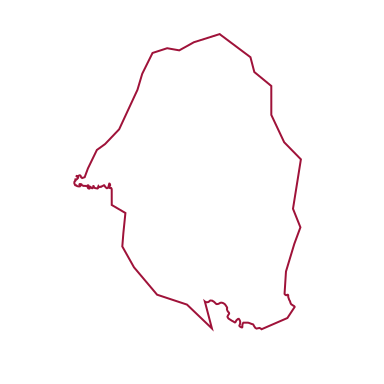 Orxontuul, Selenge, Mongolia (Robinson projection), rotated 258°
{"feature_id": "93677404B15519148095195", "entity_name": "Orxontuul", "entity_type": "district", "adm_level": 2, "iso_a3": "MNG", "parent_name": "Mongolia", "parent_adm1": "Selenge", "projection": "robinson", "projection_center": [104.906, 48.824], "detail": "fine", "context": "isolated", "style": "outline", "palette": "rose", "viewbox_px": 384, "rotation_deg": 258, "n_neighbors": 0, "source": "geoboundaries", "source_scale": "gbopen_adm2", "svg_char_len": 4156}
<svg xmlns="http://www.w3.org/2000/svg" viewBox="0 0 384 384"><g transform="rotate(258 192 192)"><path d="M54.4,183.1L82.2,181.8L81.7,182.2L81.3,182.9L81.1,183.6L81.0,184.1L81.0,184.6L81.0,185.2L81.4,186.1L81.9,186.8L82.0,187.4L82.0,187.8L81.7,188.5L81.5,189.2L80.9,189.7L80.6,190.2L79.6,191.0L77.8,192.2L77.3,192.6L77.1,193.4L77.1,194.7L77.7,196.6L77.7,197.4L77.5,198.2L76.9,199.3L75.7,200.6L74.4,201.3L71.8,202.3L71.2,202.3L70.6,201.9L70.2,201.8L69.7,201.8L69.0,201.9L68.1,202.1L67.5,202.3L66.4,203.0L65.8,203.1L65.2,203.0L64.4,202.1L62.8,200.8L62.2,200.8L61.0,201.2L60.6,201.4L60.0,202.0L59.1,202.9L57.8,204.2L56.8,205.4L55.5,206.8L55.5,207.1L55.9,207.7L57.1,208.6L57.7,209.5L58.3,210.7L58.2,211.4L57.0,211.9L55.6,212.2L54.6,212.1L53.0,211.6L51.7,210.7L51.3,210.5L50.9,210.7L50.6,210.8L49.6,211.8L49.1,212.7L49.2,213.0L49.6,213.2L50.5,213.4L51.8,213.7L52.6,214.3L53.3,214.8L53.5,215.1L53.3,216.0L52.6,219.5L52.1,220.5L50.4,223.1L50.0,224.0L49.5,224.4L47.8,224.9L45.9,225.7L45.0,226.7L45.0,229.7L44.2,230.8L43.3,231.5L48.9,259.1L58.2,268.5L58.6,268.5L58.8,268.4L59.1,268.2L59.6,267.7L60.1,267.1L60.5,266.8L60.9,266.4L61.1,266.1L61.4,265.8L61.9,265.6L62.4,265.4L63.1,265.3L63.7,265.2L64.3,265.2L64.7,265.2L65.2,265.0L65.5,264.9L66.6,264.6L67.6,264.5L68.4,264.4L69.0,264.3L69.8,264.4L70.3,264.5L70.7,264.6L70.9,264.6L71.2,264.6L71.4,264.5L71.6,264.3L71.6,264.1L71.6,263.8L71.6,263.5L71.4,263.2L71.4,262.9L71.5,262.7L71.6,262.4L71.9,262.1L72.2,261.8L72.7,261.5L72.9,261.4L73.3,261.4L94.7,267.4L120.0,281.3L134.9,290.7L154.6,287.3L181.3,297.6L201.3,305.3L221.5,292.5L250.9,285.6L279.2,291.6L296.4,277.9L311.7,277.2L340.5,252.0L340.7,251.9L338.1,225.0L333.2,209.0L337.8,197.6L336.2,182.3L318.0,167.9L303.3,159.9L268.5,133.8L257.0,117.0L252.9,107.7L236.7,95.1L228.8,90.1L228.5,87.6L228.8,87.5L228.9,87.1L229.2,86.8L229.6,86.6L230.0,86.5L230.6,86.5L230.9,86.4L231.4,86.1L231.6,85.9L231.7,85.4L231.6,84.9L231.4,84.5L231.3,84.0L231.3,83.6L231.4,83.4L231.5,83.0L231.7,82.5L231.6,82.4L231.4,82.3L231.2,82.4L231.0,82.7L230.9,83.1L230.7,83.3L230.5,83.5L230.3,83.6L230.0,83.7L229.8,83.7L229.5,83.5L229.1,83.0L228.4,82.0L228.3,81.6L228.3,81.4L228.4,81.1L228.5,80.8L228.6,80.6L228.0,80.3L227.8,80.4L227.6,80.5L227.4,80.5L227.3,80.4L227.1,80.1L226.9,79.6L226.7,79.4L226.4,79.1L225.9,78.9L225.4,78.9L225.1,78.8L224.8,78.7L224.5,78.8L224.0,78.9L223.4,79.0L223.1,79.1L222.9,79.2L222.7,79.4L222.7,79.6L222.7,79.8L222.7,80.0L222.3,80.4L222.0,80.5L221.7,80.8L221.5,81.1L221.3,81.7L221.1,82.1L220.9,82.8L220.8,83.4L220.9,83.6L221.1,83.8L221.5,84.1L221.9,84.1L222.1,84.0L222.3,83.8L222.5,83.6L222.9,83.5L223.0,83.6L223.1,83.8L223.1,84.0L222.9,84.6L222.8,85.0L222.4,85.5L221.7,85.7L221.3,85.9L221.2,86.2L220.9,86.7L220.6,87.0L220.5,87.3L220.4,87.7L220.3,88.4L220.1,89.1L219.8,89.6L219.7,90.0L219.6,90.4L219.7,90.7L219.9,90.9L220.1,91.1L220.2,91.5L220.1,91.9L219.9,92.1L219.6,92.2L219.3,92.2L219.1,92.1L218.9,91.9L218.7,91.4L218.4,91.1L217.9,91.0L217.6,91.1L217.2,91.3L216.9,91.7L216.7,92.1L216.7,92.4L216.8,92.7L216.9,92.8L217.2,93.0L217.5,93.0L217.8,93.0L218.1,93.0L218.3,93.0L218.4,93.3L218.3,93.6L218.0,93.9L217.5,94.1L217.1,94.5L216.6,94.8L216.4,95.2L216.5,95.6L216.7,96.0L217.1,96.3L217.6,96.4L218.0,96.6L218.3,96.7L218.3,96.9L218.2,97.0L217.8,97.0L217.2,97.2L216.7,97.4L216.3,97.6L216.0,98.0L215.7,98.7L215.4,99.6L215.1,100.0L215.1,100.3L215.2,100.7L215.6,100.9L216.2,101.2L216.6,101.3L216.9,101.5L217.2,101.7L217.0,101.8L216.5,102.1L216.2,102.4L216.0,102.7L216.0,103.0L216.1,103.6L216.0,103.8L216.0,104.1L216.0,104.3L216.3,104.5L216.3,105.1L216.4,105.8L216.6,106.3L216.8,106.8L216.9,107.1L216.9,107.4L216.8,107.6L216.6,107.7L215.8,107.9L214.5,108.6L213.8,109.1L213.4,109.5L213.4,109.9L213.5,110.3L213.6,110.6L213.8,110.9L214.3,111.3L214.9,111.5L215.3,111.8L216.0,112.1L216.6,112.4L217.1,112.6L217.4,112.9L217.2,113.2L216.8,113.3L216.4,113.4L216.0,113.4L215.5,113.3L215.2,113.0L214.9,112.6L214.5,112.4L213.9,112.2L213.2,112.1L212.9,112.5L212.8,112.8L212.9,113.4L212.8,113.7L212.6,113.8L212.0,114.0L211.2,114.0L210.2,113.8L196.0,110.8L185.3,122.5L166.0,116.3L153.2,112.5L130.4,119.6L98.8,136.5L82.9,163.7L54.4,183.1Z" fill="none" stroke="#9f1239" stroke-width="2"/></g></svg>